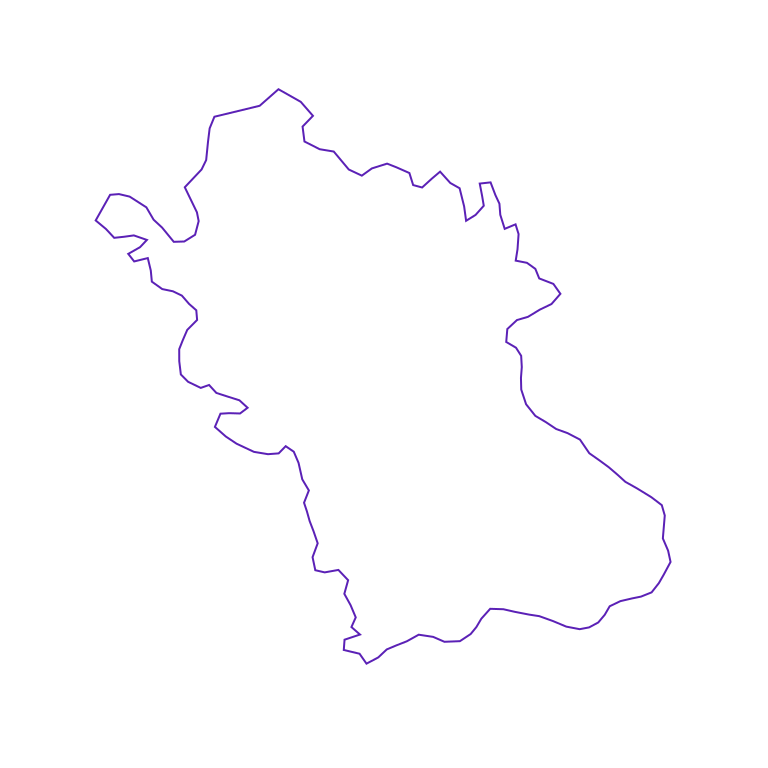 outline of Grupiara, Minas Gerais, Brazil, rotated 7°
{"feature_id": "56859067B48235881193791", "entity_name": "Grupiara", "entity_type": "district", "adm_level": 2, "iso_a3": "BRA", "parent_name": "Brazil", "parent_adm1": "Minas Gerais", "projection": "albers", "projection_center": [-47.765, -18.488], "detail": "fine", "context": "isolated", "style": "outline", "palette": "violet", "viewbox_px": 768, "rotation_deg": 7, "n_neighbors": 0, "source": "geoboundaries", "source_scale": "gbopen_adm2", "svg_char_len": 2331}
<svg xmlns="http://www.w3.org/2000/svg" viewBox="0 0 768 768"><g transform="rotate(7 384 384)"><path d="M400.7,663.7L411.6,656.1L419.1,647.1L428.0,642.0L438.0,636.6L449.0,628.6L463.6,629.0L475.4,632.5L490.7,630.0L500.5,621.6L505.3,614.0L509.2,605.1L516.8,594.2L529.9,593.0L541.7,594.2L556.1,595.2L566.4,595.5L580.6,598.7L594.5,602.6L608.1,603.5L617.2,600.6L625.7,594.6L631.2,586.2L635.1,577.1L645.1,570.7L656.3,566.6L665.0,563.7L675.0,558.2L681.1,548.1L684.9,539.1L690.1,525.7L686.3,514.8L679.6,503.3L678.7,480.3L674.5,470.4L663.2,463.8L647.9,456.8L635.5,451.7L627.0,445.7L617.2,439.2L607.6,433.8L596.2,427.7L585.3,415.3L572.2,410.4L560.4,407.7L549.5,402.2L538.1,397.2L527.5,386.8L520.9,372.8L519.2,361.3L518.7,350.4L516.7,339.3L510.6,331.9L500.2,327.4L499.7,314.4L508.2,304.3L518.7,299.8L529.6,291.2L540.5,284.2L548.1,273.0L539.9,264.0L525.2,260.3L520.2,251.3L511.1,246.3L499.7,245.5L500.1,234.0L499.3,218.8L495.1,209.5L484.9,215.3L478.8,201.9L476.6,191.0L471.6,183.0L465.2,170.9L454.6,173.4L458.5,185.5L461.3,194.9L454.3,205.0L445.6,212.0L441.9,198.0L438.6,189.4L435.2,180.5L425.3,176.4L413.8,166.4L406.4,174.4L397.9,184.3L388.7,183.0L383.5,171.5L369.9,167.4L360.2,164.9L345.7,171.5L336.6,179.9L322.9,175.4L305.8,159.4L291.5,158.8L275.5,153.0L271.8,138.4L280.8,126.5L267.0,114.1L243.3,104.3L226.7,123.0L183.1,139.4L179.8,151.5L179.8,164.9L180.2,183.4L176.8,193.3L162.3,213.0L177.4,236.4L180.2,244.9L178.3,258.9L168.4,266.9L158.0,268.5L144.7,255.8L135.3,249.0L126.6,237.6L108.7,229.0L97.8,227.8L89.1,229.6L77.9,256.8L89.1,264.0L98.4,271.8L108.2,269.5L117.6,267.0L131.1,269.9L125.2,277.9L114.3,286.0L121.1,292.8L134.2,287.8L138.7,299.8L141.1,310.7L152.3,316.8L163.2,317.7L172.6,320.9L180.8,328.3L188.7,333.7L190.7,343.2L182.1,354.3L178.9,365.2L176.5,374.4L178.0,386.3L181.2,399.3L189.3,405.7L202.6,410.2L210.5,406.3L218.7,413.3L230.7,415.6L242.5,417.8L251.5,424.2L244.7,430.8L234.0,431.8L225.3,433.4L221.4,447.2L233.4,455.4L244.9,461.2L254.3,464.3L263.2,467.2L277.4,467.8L287.9,465.7L294.0,457.7L302.7,462.2L308.8,472.7L314.5,488.6L322.4,498.8L319.1,511.6L323.0,519.8L326.9,529.1L332.0,538.7L337.6,550.2L334.2,564.6L338.5,577.2L348.1,578.2L361.4,574.1L372.3,583.1L370.2,597.1L377.8,607.6L384.4,619.1L381.3,629.2L390.7,635.6L376.0,642.6L376.5,652.9L392.6,654.7L400.7,663.7Z" fill="none" stroke="#5b21b6" stroke-width="2"/></g></svg>